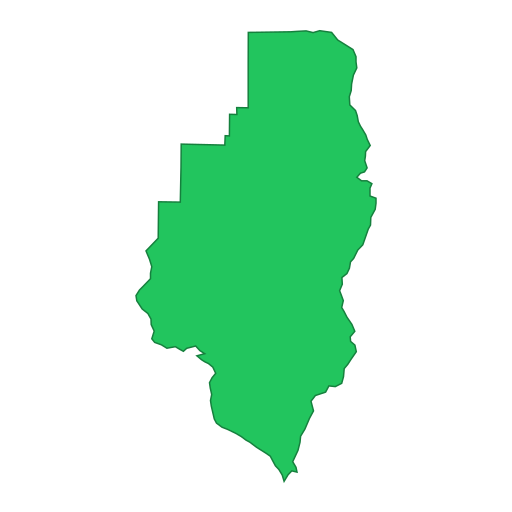 the district of Paraíso do Sul, Rio Grande do Sul, Brazil
{"feature_id": "56859067B73177855032740", "entity_name": "Paraíso do Sul", "entity_type": "district", "adm_level": 2, "iso_a3": "BRA", "parent_name": "Brazil", "parent_adm1": "Rio Grande do Sul", "projection": "orthographic", "projection_center": [-53.114, -29.705], "detail": "fine", "context": "isolated", "style": "filled", "palette": "green", "viewbox_px": 512, "rotation_deg": 0, "n_neighbors": 0, "source": "geoboundaries", "source_scale": "gbopen_adm2", "svg_char_len": 1986}
<svg xmlns="http://www.w3.org/2000/svg" viewBox="0 0 512 512"><path d="M196.9,355.8L201.5,359.7L204.8,361.8L208.4,363.5L212.8,367.1L215.7,373.3L212.1,377.7L209.5,382.7L210.3,388.2L211.7,394.5L210.5,400.5L211.3,406.0L212.8,412.5L214.3,419.0L216.5,423.1L222.0,427.2L227.4,429.3L235.5,433.2L241.2,436.5L246.0,440.1L249.7,442.1L253.3,444.8L256.6,447.3L260.9,450.0L265.8,453.1L270.3,456.2L273.0,461.3L275.4,465.8L278.9,469.5L282.2,475.0L284.1,481.3L288.1,474.7L291.8,470.9L297.0,472.1L296.0,467.3L292.7,461.7L298.0,450.3L300.0,442.3L300.6,436.2L304.9,429.1L309.5,418.3L313.5,410.9L311.0,401.2L315.4,395.5L325.6,392.1L328.9,385.9L335.3,386.6L341.7,383.3L343.5,376.7L344.2,368.6L347.8,364.3L350.9,359.5L356.3,351.7L354.9,345.1L350.6,341.4L350.2,336.8L354.8,331.3L351.9,324.4L346.9,317.1L344.1,311.6L341.7,307.5L343.3,300.6L341.3,295.1L339.6,290.7L342.3,284.2L341.9,277.5L346.9,273.6L349.4,268.3L350.5,261.9L353.6,258.5L357.8,250.0L362.8,244.8L368.3,229.0L370.5,225.1L370.8,217.4L375.2,209.3L376.0,203.2L376.0,198.2L370.0,196.0L370.0,188.1L371.9,183.7L367.0,180.8L361.5,180.8L356.8,177.3L360.4,173.2L364.5,171.9L367.1,167.9L364.7,160.7L365.4,156.1L365.6,151.6L370.2,145.5L367.2,139.3L365.8,135.0L362.7,129.7L360.4,126.1L358.3,121.7L357.2,115.6L355.5,110.5L349.8,104.9L349.3,96.7L351.2,90.6L351.6,84.0L353.4,75.1L356.8,67.9L356.0,61.9L356.0,56.7L353.0,49.6L337.7,40.0L331.6,32.4L319.7,30.7L313.1,32.6L306.1,30.9L296.6,31.4L290.8,31.8L257.5,32.3L248.3,32.4L248.2,63.6L248.2,107.8L236.7,107.6L236.9,114.5L229.6,114.3L229.4,135.9L225.2,135.7L224.8,145.1L181.2,144.1L181.0,167.6L180.3,202.1L158.6,201.8L158.2,238.2L146.0,250.9L147.8,255.2L149.5,259.2L151.8,266.7L150.5,273.2L150.5,278.7L142.8,286.7L139.5,290.0L136.0,295.6L136.8,300.8L142.2,309.0L147.9,313.5L151.0,319.1L151.2,324.6L154.2,331.1L151.8,338.8L154.7,342.4L161.4,344.8L166.9,348.2L175.4,346.7L179.9,349.4L183.4,351.3L186.7,348.3L195.7,346.0L199.9,350.6L204.7,353.7L196.9,355.8Z" fill="#22c55e" stroke="#15803d" stroke-width="1.5"/></svg>